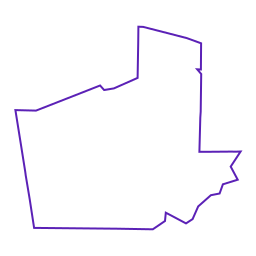 the district of Carroll, Georgia, United States of America
{"feature_id": "52423323B2096739149856", "entity_name": "Carroll", "entity_type": "district", "adm_level": 2, "iso_a3": "USA", "parent_name": "United States of America", "parent_adm1": "Georgia", "projection": "natural_earth1", "projection_center": [-85.033, 33.619], "detail": "fine", "context": "isolated", "style": "outline", "palette": "violet", "viewbox_px": 256, "rotation_deg": 0, "n_neighbors": 0, "source": "geoboundaries", "source_scale": "gbopen_adm2", "svg_char_len": 609}
<svg xmlns="http://www.w3.org/2000/svg" viewBox="0 0 256 256"><path d="M15.4,110.1L21.5,148.2L22.0,151.4L25.2,171.5L25.6,174.4L25.6,174.7L29.7,199.2L34.1,227.9L117.1,228.7L152.8,229.3L165.0,221.0L165.8,212.7L170.4,215.1L186.0,223.4L192.6,219.1L198.2,206.4L210.9,195.2L219.6,193.5L222.9,184.3L237.7,179.7L230.7,166.6L240.6,151.5L235.3,151.7L231.7,151.6L207.5,151.8L199.4,151.8L200.3,117.6L200.7,111.7L201.2,74.0L197.2,69.3L200.9,69.5L201.1,43.3L186.8,38.1L143.2,26.9L138.4,26.7L138.2,43.7L137.6,77.9L113.9,88.4L104.1,90.0L100.1,85.5L36.0,110.6L15.4,110.1Z" fill="none" stroke="#5b21b6" stroke-width="2"/></svg>